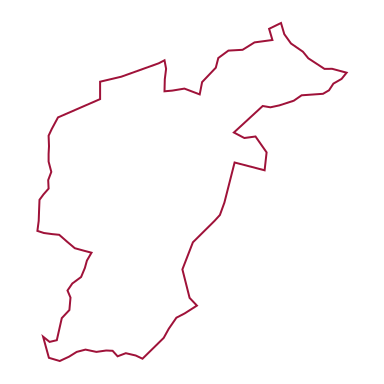 the district of Feliz, Rio Grande do Sul, Brazil
{"feature_id": "56859067B13504623121185", "entity_name": "Feliz", "entity_type": "district", "adm_level": 2, "iso_a3": "BRA", "parent_name": "Brazil", "parent_adm1": "Rio Grande do Sul", "projection": "mercator", "projection_center": [-51.284, -29.457], "detail": "fine", "context": "isolated", "style": "outline", "palette": "rose", "viewbox_px": 384, "rotation_deg": 0, "n_neighbors": 0, "source": "geoboundaries", "source_scale": "gbopen_adm2", "svg_char_len": 1232}
<svg xmlns="http://www.w3.org/2000/svg" viewBox="0 0 384 384"><path d="M58.0,117.4L51.7,129.1L48.6,135.7L49.0,146.2L48.6,153.9L48.6,161.6L51.3,171.9L48.2,180.1L48.6,188.6L43.5,194.4L39.5,199.8L39.1,209.7L38.7,220.9L37.4,230.9L43.9,233.0L52.1,234.1L59.2,234.8L67.2,241.8L74.8,248.2L83.9,250.7L91.5,252.7L86.9,260.6L84.9,267.9L81.1,277.0L72.3,283.5L67.5,290.5L70.5,297.6L69.4,310.0L61.8,318.1L56.8,340.2L49.6,341.9L43.1,336.7L48.9,357.8L59.7,361.0L69.0,356.7L76.7,351.9L85.5,349.6L96.4,351.9L106.2,350.5L112.6,350.8L117.6,356.3L125.8,353.2L135.7,355.5L142.5,358.7L163.7,337.9L168.8,328.7L176.4,317.7L184.7,313.4L196.9,305.6L189.6,297.9L182.4,269.4L192.9,242.3L214.5,220.9L219.9,215.0L224.4,202.6L234.6,162.5L264.6,170.3L266.6,152.4L255.5,136.5L244.3,138.0L233.9,132.5L262.7,106.0L270.4,107.3L279.3,105.4L293.8,100.7L301.6,95.3L323.0,93.8L329.0,90.3L333.4,83.6L341.6,78.9L346.6,72.7L332.1,68.8L324.5,68.9L308.3,58.3L302.9,51.7L291.0,43.5L284.3,34.2L281.0,23.0L269.1,28.8L272.4,40.0L254.5,42.4L242.6,49.8L228.4,50.6L218.3,58.0L215.8,67.7L202.1,82.1L199.7,94.4L184.4,88.6L172.3,90.6L164.5,91.3L164.8,79.2L166.1,68.8L164.5,60.3L158.7,63.3L121.3,76.7L100.1,81.7L100.1,99.1L58.0,117.4Z" fill="none" stroke="#9f1239" stroke-width="2"/></svg>